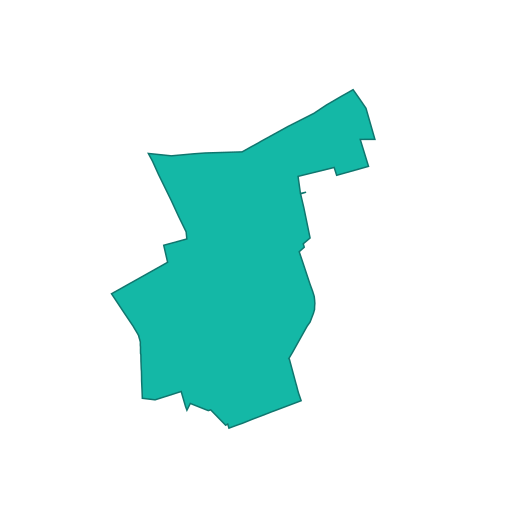 San Antonino Castillo Velasco, Oaxaca, Mexico (Albers equal-area conic projection), rotated 56°
{"feature_id": "50627088B75205486816607", "entity_name": "San Antonino Castillo Velasco", "entity_type": "district", "adm_level": 2, "iso_a3": "MEX", "parent_name": "Mexico", "parent_adm1": "Oaxaca", "projection": "albers", "projection_center": [-96.688, 16.817], "detail": "fine", "context": "isolated", "style": "filled", "palette": "teal", "viewbox_px": 512, "rotation_deg": 56, "n_neighbors": 0, "source": "geoboundaries", "source_scale": "gbopen_adm2", "svg_char_len": 1592}
<svg xmlns="http://www.w3.org/2000/svg" viewBox="0 0 512 512"><g transform="rotate(56 256 256)"><path d="M172.4,82.5L171.4,95.0L170.2,112.8L170.1,126.7L170.2,127.4L166.5,157.0L163.8,187.0L163.7,187.9L163.6,190.4L162.8,198.6L161.9,209.3L142.2,240.5L136.5,250.4L125.6,270.2L110.8,287.9L119.6,288.8L133.7,291.2L162.5,295.2L179.7,298.0L196.9,300.4L203.2,303.8L195.5,326.5L211.8,332.8L206.5,396.9L231.1,397.1L245.5,397.1L248.4,397.3L250.6,397.4L254.2,397.6L256.9,397.9L257.2,398.2L260.4,399.2L262.7,400.0L265.1,401.7L266.6,402.5L267.6,403.1L268.7,403.9L272.2,406.2L273.4,406.6L276.6,408.7L279.5,410.6L280.2,411.0L285.5,414.3L287.8,415.6L291.2,417.8L292.3,418.5L295.3,420.5L303.0,425.2L310.4,429.8L318.8,420.1L326.5,393.8L341.1,398.5L345.2,399.5L341.5,392.9L343.6,391.5L348.3,388.3L354.9,383.8L357.5,382.0L358.2,379.6L379.3,375.8L379.5,373.4L383.6,374.7L385.3,367.6L385.4,367.3L385.8,365.6L387.1,360.8L388.0,356.5L389.1,351.2L389.9,347.7L390.2,346.5L392.6,336.1L393.2,333.5L393.3,333.1L393.4,332.5L394.2,328.9L394.4,328.3L400.7,301.7L401.2,299.5L400.5,299.3L393.8,297.5L390.7,296.5L385.4,294.6L385.1,294.6L384.9,294.5L360.1,286.0L359.9,286.1L359.6,286.1L359.4,286.2L356.4,279.8L342.8,252.9L341.0,248.1L335.6,240.4L333.1,237.4L330.7,235.7L328.2,233.7L326.6,232.8L325.6,232.2L322.4,230.5L321.0,230.0L317.0,228.8L309.3,226.9L287.9,220.9L276.6,217.8L275.7,211.1L272.3,210.0L271.3,201.1L242.6,189.3L229.4,184.3L231.1,178.8L229.0,184.2L213.5,176.6L226.3,141.7L234.2,144.0L244.6,112.6L217.6,104.4L225.8,92.2L195.0,82.2L182.5,82.3L172.4,82.5Z" fill="#14b8a6" stroke="#0f766e" stroke-width="1.5"/></g></svg>